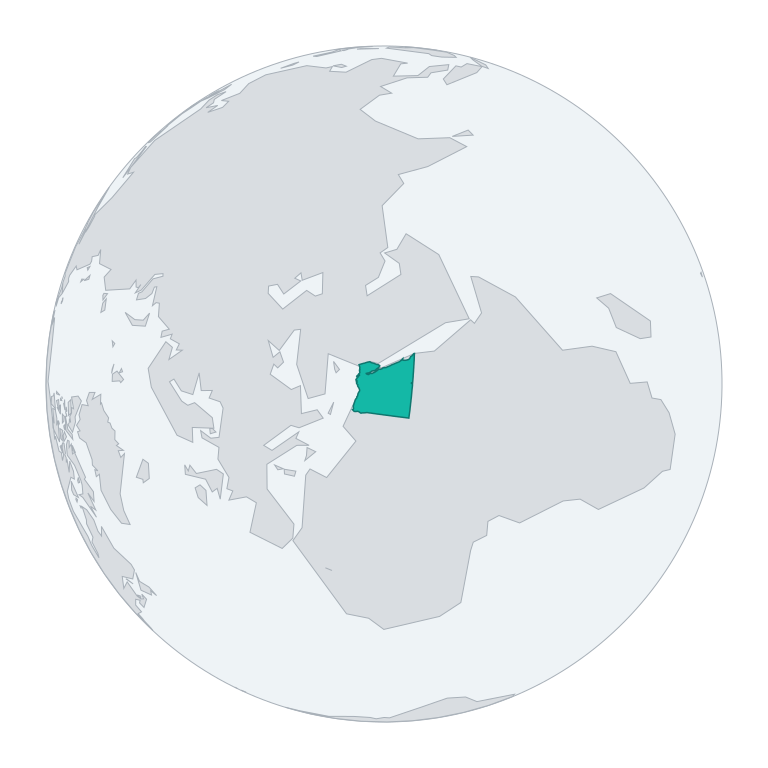 Egypt highlighted on a globe, orthographic projection, rotated 275°
{"feature_id": "EGY", "entity_name": "Egypt", "entity_type": "country or territory", "adm_level": 0, "iso_a3": "EGY", "parent_name": "Africa", "parent_adm1": "", "projection": "orthographic", "projection_center": [30.805, 26.825], "detail": "fine", "context": "on_globe", "style": "filled", "palette": "teal", "viewbox_px": 768, "rotation_deg": 275, "n_neighbors": 0, "source": "natural_earth", "source_scale": "50m", "svg_char_len": 13143}
<svg xmlns="http://www.w3.org/2000/svg" viewBox="0 0 768 768"><g transform="rotate(275 384 384)"><circle cx="384" cy="384" r="338" fill="#eef3f6" stroke="#a8b0b8"/><path d="M427.6,48.9L414.0,47.5L412.9,47.5L423.6,48.6L429.1,49.8L413.6,48.0L421.6,50.1L397.9,49.9L357.3,49.1L343.4,52.2L299.9,60.9L303.3,61.3L288.9,66.1L287.4,68.6L279.7,70.4L285.2,71.1L292.4,69.0L297.2,68.8L297.0,70.4L287.2,72.7L285.9,72.2L282.9,73.8L278.1,74.4L280.4,75.0L268.5,78.1L279.8,77.6L270.0,82.3L262.3,83.8L263.8,80.2L249.4,77.9L242.1,80.0L230.2,85.6L206.3,102.4L197.9,106.8L186.0,115.2L190.2,113.8L201.1,106.9L206.1,107.4L218.8,99.9L222.7,99.4L235.5,94.0L232.8,98.8L223.2,106.8L212.4,111.9L207.9,115.9L217.5,114.9L196.9,129.2L182.3,147.8L177.0,151.6L167.9,150.7L169.5,140.0L157.7,142.6L164.5,145.4L151.3,156.5L148.7,160.7L149.0,163.2L153.6,161.0L148.9,166.2L140.5,164.4L144.6,159.6L147.3,159.9L147.9,155.4L142.1,155.9L135.9,162.3L133.8,159.1L129.3,164.0L126.3,166.6L133.6,158.7L120.4,173.4L118.2,175.3L134.4,156.2L151.9,138.4L170.6,122.0L190.6,106.9L211.5,93.4L233.5,81.5L256.2,71.2L279.7,62.6L303.7,55.8L328.1,50.7L352.9,47.5L377.8,46.1L402.8,46.6L427.6,48.9ZM53.4,314.0L52.3,320.9L51.7,323.5L48.1,358.0L50.2,382.7L50.6,399.3L49.8,405.4L51.8,413.2L51.9,418.6L65.3,449.2L76.6,474.4L79.3,492.6L75.7,504.2L86.3,541.0L83.9,539.3L72.9,516.0L63.8,491.9L56.5,467.2L51.1,442.0L47.6,416.5L46.1,390.8L46.6,365.0L49.0,339.3L53.4,314.0ZM236.1,91.9L235.8,92.9L233.6,93.3L236.1,91.9ZM242.0,88.8L239.7,88.5L242.1,87.1L243.5,87.2L242.0,88.8ZM437.4,50.4L441.2,51.2L434.7,50.0L437.4,50.4ZM244.3,89.5L246.7,84.5L251.1,82.1L259.9,80.9L244.3,89.5ZM441.8,51.6L451.4,54.5L457.2,55.3L446.1,55.5L441.6,52.4L432.6,50.5L439.6,51.5L441.8,51.6ZM294.8,67.8L287.1,70.0L293.7,66.8L294.8,67.8ZM297.9,65.9L311.5,58.1L322.9,56.3L316.0,58.9L330.9,56.1L329.7,58.8L321.3,61.1L314.2,61.5L319.2,62.4L297.9,65.9ZM438.5,55.6L438.5,56.4L435.6,55.3L438.5,55.6ZM299.7,68.5L301.4,66.8L311.4,65.0L309.7,68.1L307.0,67.6L299.7,68.5ZM335.4,54.2L342.5,53.8L343.5,55.8L346.4,56.1L330.7,58.8L335.4,54.2ZM304.7,68.9L308.6,69.8L303.7,72.3L298.7,70.1L304.7,68.9ZM314.7,63.4L319.3,62.8L316.2,64.0L314.7,63.4ZM288.6,82.7L290.5,80.1L295.8,78.8L288.6,82.7ZM310.4,70.1L312.1,69.2L314.4,68.6L315.9,69.8L310.4,70.1ZM332.5,60.3L331.4,61.5L339.0,59.2L340.1,61.2L329.4,62.8L334.4,62.9L334.8,63.6L325.7,64.3L332.5,60.3ZM324.5,69.3L311.3,73.0L306.6,77.7L301.7,78.8L310.1,71.1L324.5,69.3ZM326.0,66.2L323.9,68.3L318.9,68.3L317.2,67.0L326.0,66.2ZM344.6,62.1L345.7,58.6L348.0,58.5L344.6,62.1ZM324.1,70.6L327.3,69.8L324.4,70.9L324.1,70.6ZM339.4,64.5L339.5,63.2L342.1,63.0L339.4,64.5ZM333.6,69.4L329.4,70.4L328.0,69.4L333.6,69.4ZM337.1,67.1L340.7,67.2L330.2,68.4L336.7,66.5L337.1,67.1ZM341.9,64.6L343.5,64.0L341.5,65.1L341.9,64.6ZM341.0,73.3L328.1,75.0L325.2,72.5L338.2,71.0L341.0,73.3ZM157.3,459.6L139.5,405.2L149.3,389.2L151.8,366.7L220.0,306.9L233.7,314.9L286.4,314.0L292.9,317.7L285.8,335.0L324.7,361.0L338.3,346.9L374.4,360.1L399.0,359.4L409.3,325.8L369.0,326.1L362.9,309.7L395.9,295.3L431.2,296.2L429.9,289.9L408.3,276.7L417.2,264.9L400.9,271.2L407.0,277.5L397.0,282.0L390.8,276.7L394.2,272.5L383.8,269.8L370.4,292.1L375.1,300.9L347.3,304.3L352.5,319.7L344.7,326.4L333.0,303.2L334.7,294.9L312.4,269.5L308.1,278.2L328.9,303.3L322.1,301.0L316.4,314.7L315.3,302.5L293.8,274.3L269.2,276.7L236.6,306.5L222.5,306.6L211.3,296.9L224.6,263.4L254.6,267.2L259.6,256.8L254.8,239.6L264.3,242.7L266.0,236.6L277.4,237.7L294.7,225.1L306.5,225.1L314.5,207.4L321.6,205.4L314.9,216.2L316.5,224.3L346.0,225.8L352.0,222.3L354.8,211.0L362.6,213.5L361.5,202.5L379.0,198.9L356.8,194.5L359.5,182.7L370.6,174.3L367.5,170.1L349.3,184.0L345.7,190.4L348.9,197.0L335.5,215.9L325.1,218.4L324.0,196.8L309.2,198.6L314.9,182.3L360.5,152.5L379.0,147.7L407.1,163.0L402.1,170.0L389.6,167.6L400.1,180.1L399.8,174.1L406.2,176.6L410.4,167.2L415.2,168.6L411.0,157.7L417.3,158.4L419.9,165.3L431.5,153.4L444.9,153.2L445.2,149.9L441.8,146.5L461.1,149.2L460.5,146.8L453.9,144.9L448.4,139.0L446.2,130.1L453.0,131.5L454.7,134.8L468.6,144.7L472.1,154.4L474.7,154.2L473.2,146.2L456.4,134.0L453.1,128.3L461.9,133.1L458.5,130.9L459.0,128.6L465.9,127.9L456.6,122.4L453.1,98.6L466.1,95.9L474.3,102.1L479.1,90.1L493.3,90.1L487.2,88.0L485.4,82.2L480.9,82.0L477.8,80.7L471.0,68.2L474.7,67.1L464.9,61.4L461.8,60.6L458.5,60.9L446.1,55.5L457.2,55.3L463.8,57.0L466.2,56.6L480.8,60.9L494.1,64.9L508.6,71.2L517.8,74.7L517.7,74.3L530.1,79.5L556.0,93.2L535.5,83.7L496.7,67.9L512.6,73.9L509.1,73.4L514.9,76.4L526.1,81.2L527.3,81.1L545.9,96.8L573.1,116.0L570.8,110.3L577.7,112.8L606.7,134.4L642.0,177.4L651.6,185.0L657.6,192.7L661.5,201.2L652.7,190.1L649.3,189.7L643.7,182.7L647.0,194.1L639.2,184.7L645.5,199.1L652.1,204.6L652.2,197.3L661.0,215.0L671.5,223.1L681.7,239.3L694.4,279.3L693.8,298.7L695.7,304.9L690.8,302.6L691.3,319.0L706.1,343.5L708.2,353.1L705.7,379.6L704.4,372.8L691.5,366.5L694.2,390.9L704.2,401.5L707.8,420.7L702.3,420.1L698.1,403.7L693.4,400.8L691.0,380.3L680.1,354.7L674.4,366.3L671.3,354.3L655.5,336.3L645.2,352.5L631.2,396.6L635.1,428.1L627.7,445.7L604.4,408.6L593.9,380.0L585.5,386.2L561.5,366.6L520.3,375.9L514.3,368.7L506.6,374.3L489.7,369.1L480.6,357.0L470.4,359.5L494.6,391.3L505.5,388.7L514.6,373.2L519.3,385.1L535.6,392.9L517.7,427.3L456.4,463.2L450.4,439.9L403.9,376.4L405.3,368.7L405.1,367.9L404.6,366.4L400.3,378.9L392.3,366.1L417.1,411.6L421.2,431.3L455.5,464.7L452.3,468.8L463.3,475.0L498.7,461.1L498.9,468.9L482.2,507.3L433.2,558.9L439.8,588.0L436.4,612.2L406.1,629.2L409.0,646.0L393.4,652.2L392.6,661.2L380.2,670.5L359.4,678.4L323.8,676.5L321.3,669.0L303.1,652.1L277.7,608.5L286.4,589.4L283.1,572.7L257.4,531.2L263.0,510.0L256.2,499.5L242.1,499.5L234.2,486.7L225.7,484.8L173.0,479.6L157.3,459.6ZM195.8,341.6L193.8,348.2L193.7,348.3L195.8,341.6ZM468.5,314.7L489.7,313.4L480.2,293.5L487.5,291.6L481.6,285.9L479.4,292.1L464.9,276.3L474.0,269.2L471.5,260.5L464.2,260.7L449.8,276.6L470.5,298.8L465.6,307.9L468.5,314.7ZM52.3,321.2L51.5,326.5L51.7,324.0L52.3,321.2ZM66.6,268.3L65.0,273.5L65.6,270.9L66.6,268.3ZM69.0,261.7L67.8,264.8L68.0,264.3L69.0,261.7ZM151.8,156.6L152.3,156.9L151.4,160.3L149.6,160.4L151.8,156.6ZM161.2,167.6L153.4,175.9L157.7,169.6L153.5,170.8L157.4,159.9L174.6,153.1L166.1,157.7L161.2,167.6ZM167.4,144.6L163.0,151.5L167.2,144.3L167.4,144.6ZM264.1,204.9L267.5,209.5L262.5,215.9L247.6,218.3L254.7,208.8L264.1,204.9ZM273.6,214.6L276.7,194.0L286.1,192.5L280.3,196.6L286.2,197.7L278.5,204.9L284.4,224.6L280.4,231.8L255.0,230.9L265.5,226.9L261.5,222.3L273.6,214.6ZM268.0,152.1L269.5,145.4L288.0,150.4L284.5,156.2L269.4,158.4L264.6,152.8L268.0,152.1ZM259.4,89.4L258.8,88.1L261.5,87.2L264.3,87.6L259.4,89.4ZM289.0,81.6L265.0,94.8L263.1,93.8L251.4,103.9L241.7,105.4L249.6,98.5L233.3,107.9L236.6,102.3L226.2,109.2L244.8,93.8L247.1,89.9L248.3,93.6L257.1,92.1L261.6,90.4L276.1,82.8L285.4,74.7L295.6,72.9L300.4,73.7L299.7,75.3L293.3,75.9L297.0,77.7L287.2,79.8L289.0,81.6ZM350.4,96.8L343.2,94.7L349.1,102.8L339.3,103.3L340.6,104.2L333.1,107.2L326.3,112.6L322.0,112.1L321.2,114.5L316.3,116.8L313.8,120.1L305.1,120.7L301.3,124.9L299.4,122.8L295.2,130.2L294.4,125.1L287.9,128.2L292.1,131.5L251.6,130.7L235.2,135.8L221.9,143.3L222.4,134.7L235.2,122.7L253.5,111.4L269.3,108.3L266.6,105.5L273.4,103.4L272.6,106.5L277.8,100.6L283.2,99.8L299.5,92.4L303.7,85.4L309.8,82.9L310.8,85.3L316.1,81.3L322.2,84.4L326.7,82.9L337.2,85.0L336.6,91.2L341.7,89.1L349.9,91.2L350.4,96.8ZM343.8,73.9L345.3,80.3L340.7,84.0L324.4,79.1L319.4,80.0L308.8,77.9L315.8,72.8L318.1,73.8L322.1,73.6L318.3,75.2L324.3,73.8L327.8,75.3L333.4,74.8L332.3,76.9L343.8,73.9ZM300.8,311.8L305.9,313.0L314.0,312.9L310.6,321.9L300.8,311.8ZM285.7,292.7L290.4,292.0L289.5,303.8L284.3,302.8L285.7,292.7ZM293.8,282.1L290.8,291.1L289.3,285.7L293.8,282.1ZM319.3,215.3L324.4,214.3L324.7,217.0L321.5,220.8L319.3,215.3ZM365.8,124.2L362.4,121.6L364.1,120.4L362.9,113.0L370.1,112.6L373.6,116.9L365.8,124.2ZM402.1,331.8L394.6,338.4L391.0,335.3L394.3,333.6L402.1,331.8ZM350.1,330.9L361.6,335.5L349.0,333.3L350.1,330.9ZM373.4,122.5L372.1,119.3L376.5,121.1L373.4,122.5ZM375.2,111.9L380.5,113.3L370.8,111.7L375.2,111.9ZM521.9,689.6L522.9,690.1L518.2,691.9L521.9,689.6ZM493.8,601.8L470.0,643.9L454.1,645.9L451.5,635.3L460.5,610.5L479.1,601.2L488.3,588.4L493.8,601.8ZM717.0,441.3L710.8,457.5L707.4,460.3L709.1,453.6L714.6,444.4L717.0,441.3ZM708.7,454.0L702.3,449.3L687.6,420.6L693.0,416.5L707.2,427.9L706.5,433.3L710.4,438.7L708.7,454.0ZM720.9,403.1L720.0,417.5L717.4,425.4L715.7,427.4L714.7,413.1L715.3,402.9L717.0,399.8L718.8,357.3L720.3,359.9L720.8,376.3L721.7,384.1L720.9,403.1ZM636.6,430.4L644.3,445.7L639.7,451.1L636.6,430.4ZM716.1,331.7L717.7,349.7L715.2,327.9L716.1,331.7ZM712.7,313.0L714.3,319.1L712.6,315.0L712.7,313.0ZM698.8,313.7L697.3,318.7L695.6,314.3L696.5,305.4L698.8,313.7ZM689.5,253.5L695.5,266.3L697.4,271.3L693.7,265.2L689.5,253.5ZM432.8,119.9L426.4,130.2L426.6,138.6L434.2,144.3L420.8,141.2L420.5,128.2L432.8,119.9ZM449.9,100.7L443.2,96.7L447.8,96.2L449.9,97.1L449.9,100.7ZM444.6,99.9L433.3,99.4L430.6,95.7L440.1,96.8L444.6,99.9ZM403.3,109.5L400.9,112.3L397.4,110.7L403.3,109.5ZM721.1,408.0L721.3,404.2L721.9,385.8L721.8,376.9L721.8,375.2L721.9,381.1L721.9,384.4L721.9,387.5L721.1,408.0ZM718.8,338.3L718.4,335.5L719.2,343.3L716.0,320.8L716.3,322.4L718.8,338.3ZM716.0,321.9L716.9,329.0L714.9,316.7L716.0,321.9ZM716.3,326.2L714.6,319.1L714.8,317.4L716.3,326.2ZM715.8,320.5L712.9,307.1L714.4,313.2L715.8,320.5ZM710.2,303.5L713.3,310.0L712.1,312.2L704.4,288.5L704.4,284.8L710.2,303.5ZM661.9,193.9L657.7,188.6L655.5,184.5L659.1,189.3L661.9,193.9ZM644.6,168.9L653.6,181.8L660.1,193.5L661.5,194.3L669.3,206.1L663.3,199.4L653.5,183.7L649.8,176.9L642.5,168.0L635.6,159.2L626.6,150.0L621.4,144.5L628.4,151.0L644.6,168.9ZM622.8,146.5L604.7,130.2L603.7,127.8L607.5,130.9L616.2,139.1L616.2,139.8L622.8,146.5ZM600.0,125.8L599.8,126.6L572.7,109.7L566.7,105.8L586.9,116.0L587.7,117.5L594.6,122.5L600.0,125.8ZM442.1,56.8L438.9,56.5L440.8,56.2L442.1,56.8ZM475.4,80.8L471.6,79.0L474.0,78.2L475.4,80.8ZM462.2,73.8L462.2,75.8L459.4,73.0L462.2,73.8ZM462.6,80.8L460.8,76.3L466.6,81.6L462.6,80.8Z" fill="#d9dde1" stroke="#a8b0b8" stroke-width="1"/><path d="M417.1,411.7L415.3,411.7L413.5,411.8L411.8,411.9L410.0,412.0L408.2,412.0L406.4,412.1L404.6,412.1L402.8,412.2L401.0,412.2L399.2,412.3L397.4,412.3L395.6,412.3L393.8,412.4L392.1,412.4L390.3,412.4L388.5,412.4L387.4,412.4L387.6,411.9L387.7,411.5L387.6,411.3L387.3,411.2L387.0,411.3L386.5,412.4L386.2,412.4L385.6,412.5L383.5,412.5L381.4,412.4L379.3,412.4L377.2,412.4L375.1,412.4L373.0,412.4L371.0,412.3L368.9,412.3L366.8,412.2L364.7,412.2L362.6,412.1L360.5,412.1L358.4,412.0L356.4,411.9L354.3,411.8L352.2,411.7L352.3,410.4L352.3,409.1L352.4,407.8L352.4,406.4L352.5,405.1L352.5,403.8L352.6,402.5L352.6,401.2L352.7,399.8L352.7,398.5L352.8,397.2L352.8,395.9L352.9,394.5L353.0,393.2L353.0,391.9L353.1,390.6L353.1,389.3L353.2,387.9L353.2,386.6L353.3,385.3L353.4,384.0L353.4,382.6L353.5,381.3L353.5,380.0L353.6,378.7L353.7,377.3L353.7,376.0L353.8,374.7L353.9,373.4L353.9,372.1L354.0,370.7L354.1,369.4L354.0,369.2L353.8,368.3L353.6,367.1L353.4,365.7L353.4,365.2L353.0,363.8L353.0,363.4L353.1,363.1L353.9,361.9L354.2,361.3L354.4,360.6L354.5,360.0L354.3,359.1L354.1,358.3L354.1,357.5L354.1,356.7L354.5,356.2L355.0,355.7L355.2,355.4L355.5,355.1L355.7,354.9L356.0,355.6L356.8,355.8L359.4,355.3L362.2,356.0L363.7,356.3L366.1,356.9L367.5,357.9L367.9,358.1L369.0,358.1L369.7,358.7L372.4,359.0L373.9,359.7L374.7,360.2L375.2,360.3L375.7,360.3L376.3,360.1L377.0,359.8L377.9,359.3L379.6,358.0L380.2,357.8L380.6,357.9L381.1,357.9L381.3,357.5L381.5,357.3L381.7,357.0L381.9,356.7L382.8,356.6L384.6,356.1L384.4,356.3L382.8,356.9L383.5,357.0L384.2,356.8L385.0,356.7L385.1,356.4L385.2,355.9L385.4,355.8L386.0,355.9L387.6,356.7L388.0,356.7L389.2,356.3L389.4,356.2L389.8,356.4L390.7,357.4L390.4,357.3L389.5,356.5L389.4,356.9L388.9,357.7L389.5,358.0L390.1,358.1L390.4,358.5L390.5,358.8L391.1,358.7L391.4,358.2L391.2,357.9L391.1,357.6L391.3,357.6L391.7,357.8L392.7,358.7L393.1,358.9L393.5,358.9L394.3,358.6L394.6,358.7L395.7,358.3L395.9,358.5L396.1,358.8L397.0,358.5L398.4,358.5L399.6,358.1L401.0,357.4L401.3,357.9L401.8,359.2L402.2,360.2L402.7,361.5L402.9,362.0L402.9,362.4L403.6,363.9L404.1,365.1L404.4,366.1L404.8,367.5L405.0,368.0L404.8,368.3L404.2,369.3L403.7,372.3L402.9,374.7L402.8,376.2L402.7,376.7L402.3,377.5L401.8,378.2L400.9,377.9L399.4,376.6L398.5,375.4L397.5,374.6L396.6,373.6L396.4,372.9L396.4,372.4L396.0,371.2L395.7,370.6L394.6,369.4L394.3,368.7L394.1,368.4L393.8,368.0L393.4,366.4L393.0,365.4L392.5,365.7L392.6,366.1L392.2,366.7L392.0,367.4L392.2,368.0L393.0,368.8L393.2,369.2L393.4,370.0L393.4,371.2L393.6,371.5L394.2,372.4L394.5,372.8L394.6,373.3L394.8,373.6L395.5,374.4L396.5,375.7L397.4,376.6L398.0,377.1L398.3,377.5L398.4,378.7L398.3,379.2L398.9,380.3L399.1,380.8L399.7,381.2L400.0,381.7L400.2,382.5L400.6,384.8L401.1,385.4L402.7,388.5L404.0,390.4L404.6,391.8L405.6,393.6L407.5,397.4L408.7,398.6L409.1,399.3L409.9,399.8L410.8,400.5L410.0,400.5L409.8,400.5L409.5,400.6L409.4,401.1L409.3,401.5L409.5,403.5L409.8,404.5L410.5,406.3L411.1,406.9L411.4,407.3L411.7,407.5L413.5,408.1L414.5,409.4L416.9,411.1L417.1,411.5L417.1,411.7Z" fill="#14b8a6" stroke="#0f766e" stroke-width="1.5"/></g></svg>